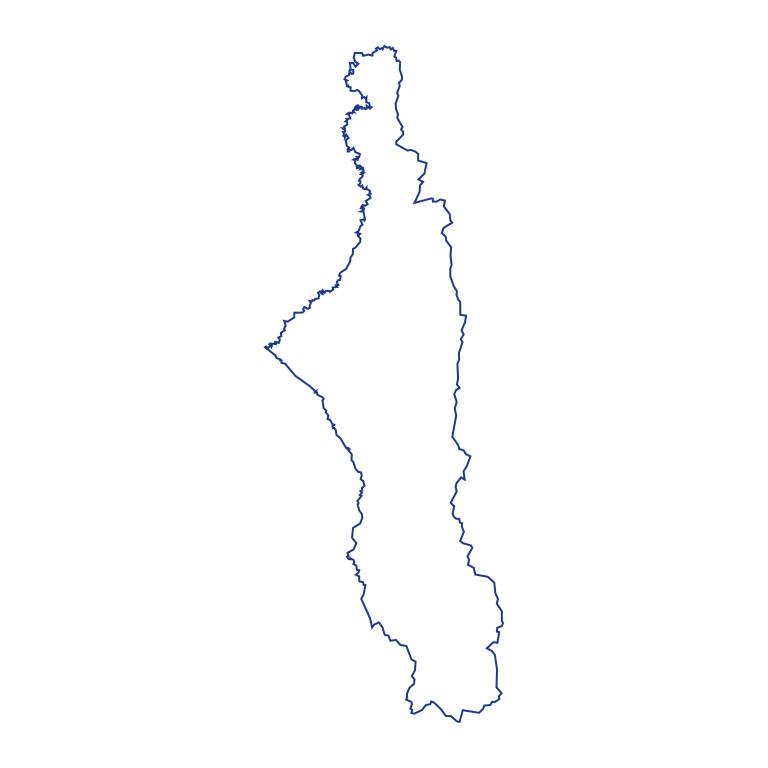 outline of Dok Khamtai, Phayao, Thailand
{"feature_id": "78962969B85814528086479", "entity_name": "Dok Khamtai", "entity_type": "district", "adm_level": 2, "iso_a3": "THA", "parent_name": "Thailand", "parent_adm1": "Phayao", "projection": "orthographic", "projection_center": [100.017, 19.127], "detail": "fine", "context": "isolated", "style": "outline", "palette": "blue", "viewbox_px": 768, "rotation_deg": 0, "n_neighbors": 0, "source": "geoboundaries", "source_scale": "gbopen_adm2", "svg_char_len": 6055}
<svg xmlns="http://www.w3.org/2000/svg" viewBox="0 0 768 768"><path d="M456.7,491.6L455.6,487.1L456.5,483.2L461.0,477.4L464.6,479.5L463.6,471.3L467.0,465.8L470.4,456.3L466.1,454.3L463.6,450.3L459.2,449.0L458.3,445.3L452.3,436.7L456.2,415.6L454.8,408.6L456.7,401.8L454.2,394.1L456.2,389.9L459.6,388.0L456.9,384.5L458.1,378.6L457.4,363.9L459.2,359.5L458.9,353.2L462.5,342.2L460.8,339.2L463.6,334.5L461.6,330.3L465.0,322.4L466.1,315.7L460.3,314.8L460.2,301.8L458.3,299.8L456.5,294.9L456.9,291.2L453.8,286.3L450.3,276.3L450.3,268.3L451.6,265.0L450.5,255.4L451.2,247.3L446.1,240.5L445.7,236.7L441.8,233.1L443.8,227.7L452.2,222.7L450.4,220.6L449.8,214.3L443.9,206.4L444.9,200.6L440.2,199.5L436.7,201.6L432.9,201.6L432.8,198.8L431.4,198.4L414.5,202.9L419.6,191.8L420.1,185.1L423.1,182.0L418.4,179.3L424.3,173.9L426.6,163.1L418.1,160.5L418.2,154.0L415.4,151.6L410.9,149.9L407.6,150.6L396.3,144.3L396.1,141.9L403.3,134.4L403.0,131.6L401.1,129.5L402.5,126.9L397.3,118.0L398.0,114.2L396.2,109.9L395.6,103.6L398.4,95.7L397.1,92.8L399.7,86.1L399.1,82.8L401.8,79.9L402.1,76.9L399.7,69.5L400.2,62.3L398.9,60.6L396.7,61.0L396.0,57.5L394.4,56.7L396.2,50.8L394.1,50.9L392.8,48.0L390.9,49.5L389.7,47.2L387.2,47.7L384.4,46.1L382.6,49.3L381.9,48.2L379.6,49.1L378.0,47.3L375.9,48.6L377.1,50.4L372.7,52.8L372.4,55.6L368.3,54.6L363.2,55.8L362.2,53.1L354.8,52.9L353.7,57.9L355.4,61.7L358.3,63.8L355.5,66.6L353.3,63.1L350.0,63.0L350.6,69.6L353.3,70.0L353.2,73.6L351.4,74.0L349.5,71.1L348.9,75.2L345.9,76.5L344.5,79.3L347.2,80.5L345.8,81.2L346.8,84.9L347.9,85.2L347.1,86.3L350.7,87.3L350.4,90.6L354.2,91.2L357.2,90.0L358.9,90.9L362.2,95.5L362.0,98.2L364.1,97.0L365.4,98.5L366.5,97.3L366.2,102.1L369.1,103.2L370.0,106.6L371.5,107.2L370.0,108.7L366.7,105.8L366.7,108.7L365.3,109.2L364.5,108.0L362.0,108.7L361.8,107.2L359.7,108.0L360.5,106.7L358.4,106.6L357.8,105.2L355.4,106.7L355.0,108.2L358.0,107.4L358.0,109.8L354.0,109.7L352.9,110.7L354.0,112.1L352.0,111.4L353.2,112.1L352.3,113.4L349.4,112.5L347.1,114.0L349.0,114.5L350.2,118.5L346.6,118.9L347.4,119.8L345.6,121.4L346.9,121.5L347.3,124.5L344.2,126.6L344.8,128.2L342.6,128.2L345.2,130.4L344.6,132.2L343.1,132.1L344.3,135.0L342.6,136.4L345.0,135.2L344.9,137.5L346.5,135.0L348.6,138.1L345.8,140.2L346.8,146.0L349.2,147.5L347.7,149.2L347.7,151.5L349.2,151.5L349.4,149.5L351.4,150.0L353.5,147.9L355.4,152.2L359.9,154.0L359.2,157.0L357.0,157.0L358.1,158.2L357.6,159.9L355.0,158.6L353.5,159.6L355.1,159.9L354.8,163.0L356.8,165.4L356.9,168.2L358.8,167.7L358.8,165.7L359.9,165.6L361.6,167.1L360.3,169.1L362.8,168.3L362.4,169.6L363.5,170.0L363.6,171.4L361.8,172.5L363.6,173.0L361.3,174.3L362.7,174.6L362.6,176.5L359.6,179.3L359.0,180.8L360.5,181.3L360.3,183.2L358.5,185.0L360.9,186.7L362.3,185.7L363.4,188.9L365.3,189.1L366.5,187.6L366.5,189.0L370.0,190.8L369.5,192.3L370.6,193.7L368.0,194.9L369.9,195.9L370.5,198.0L365.7,201.0L367.7,204.0L365.3,205.8L362.8,205.0L362.1,205.8L363.3,207.6L361.3,207.1L360.8,208.2L363.8,209.0L363.7,210.2L360.9,211.5L363.5,211.9L365.0,219.5L364.4,220.6L363.4,219.4L360.5,220.1L362.5,224.7L360.5,226.0L358.6,231.0L356.1,232.5L359.4,233.5L357.0,234.9L359.4,234.7L358.2,236.3L360.5,238.5L360.2,241.9L355.3,247.8L353.0,248.8L352.8,254.3L350.5,257.4L350.2,261.5L346.0,269.0L340.3,272.7L339.0,275.6L340.7,276.1L340.1,280.1L338.1,280.2L336.7,282.3L338.3,285.1L336.0,285.2L337.2,287.0L332.7,287.5L333.2,289.5L329.9,291.9L329.0,290.8L325.8,290.9L324.7,292.6L323.0,290.7L322.7,294.1L321.2,293.3L321.2,291.3L319.7,291.5L318.1,293.0L319.3,295.4L318.5,298.4L315.1,298.9L313.9,300.6L312.4,300.1L311.9,301.3L309.6,301.0L310.9,303.0L309.6,305.8L310.1,307.6L307.4,308.9L304.3,306.9L303.1,309.4L304.3,310.9L302.5,312.6L294.4,312.7L294.1,317.5L287.6,321.7L284.2,320.9L285.7,325.6L284.0,328.9L284.9,330.3L280.8,332.9L281.3,336.2L277.6,337.9L279.2,337.8L279.8,339.9L278.8,342.9L275.2,341.7L274.8,343.2L276.7,344.3L270.3,343.4L269.5,344.2L271.9,345.6L271.4,347.0L270.4,345.6L268.3,348.0L265.9,346.5L265.0,347.2L275.3,355.4L276.6,358.1L280.5,359.4L280.2,360.3L281.6,360.5L281.4,362.8L285.1,363.7L295.3,375.8L309.7,386.1L314.6,390.5L314.7,392.0L316.0,391.2L315.5,392.6L317.0,392.5L317.4,394.7L322.6,397.4L323.6,399.1L322.5,400.4L323.6,408.2L326.2,410.5L325.8,412.4L328.3,415.4L327.6,419.2L330.1,419.9L332.1,423.7L334.2,424.8L332.4,426.1L333.0,428.1L334.4,428.1L335.8,430.2L336.4,434.9L340.3,438.2L346.4,448.4L347.5,447.8L348.7,448.3L348.2,449.6L349.5,449.6L348.8,450.8L351.8,454.4L351.5,460.3L353.2,461.6L355.4,468.6L358.2,471.9L361.0,472.4L361.7,475.3L360.7,479.3L363.2,481.0L364.5,485.8L361.8,488.1L362.2,490.5L360.5,491.0L361.9,492.8L359.8,495.0L361.5,495.9L357.3,501.1L358.6,503.1L357.7,504.9L359.2,510.3L361.7,513.9L362.3,517.8L360.2,523.4L353.0,528.0L352.1,537.8L356.4,543.1L353.4,549.7L347.5,552.8L348.4,556.1L347.0,556.8L348.5,558.9L350.3,559.3L350.2,558.2L353.6,560.0L354.3,562.4L353.4,564.0L356.3,565.5L356.9,569.8L359.2,570.2L358.6,572.4L355.9,574.8L359.1,576.3L359.3,581.4L363.1,582.1L363.6,584.9L365.4,585.1L363.6,594.4L361.3,599.0L370.1,618.4L372.1,627.5L374.3,624.5L378.9,622.4L382.5,627.4L384.7,634.8L388.4,635.7L390.4,640.7L396.0,640.0L400.2,644.8L406.4,646.1L411.5,659.4L415.6,661.7L415.0,670.3L411.8,676.2L414.5,679.4L414.0,683.9L409.6,687.6L406.9,693.7L407.2,697.6L406.1,699.6L411.4,701.8L411.9,704.0L410.4,708.8L412.2,710.0L411.4,713.0L414.2,713.7L422.1,710.0L425.9,705.1L430.2,704.2L431.2,701.5L434.1,702.6L441.1,709.4L445.9,716.0L451.2,716.2L456.9,721.4L459.5,721.9L462.8,710.2L479.0,712.8L483.1,708.9L484.3,705.6L490.3,705.0L492.1,701.8L494.8,702.0L499.4,699.1L498.9,696.2L501.6,693.3L496.5,687.3L497.0,669.2L494.9,655.0L491.9,651.1L486.8,648.3L493.5,642.2L497.4,642.8L499.2,632.2L496.9,631.6L497.3,627.8L501.9,626.1L503.0,622.9L501.9,620.8L501.8,611.2L496.8,603.6L498.0,599.0L495.3,593.0L494.3,582.6L487.8,576.8L475.3,574.5L473.8,567.9L467.9,564.6L469.1,559.9L467.5,556.4L472.3,547.8L470.8,545.4L462.9,543.2L460.2,541.0L463.9,531.7L461.7,526.4L462.2,523.3L459.9,522.5L459.2,519.0L455.9,518.6L453.6,516.5L452.6,513.4L454.2,506.3L450.7,502.8L456.7,491.6Z" fill="none" stroke="#1e3a8a" stroke-width="2"/></svg>